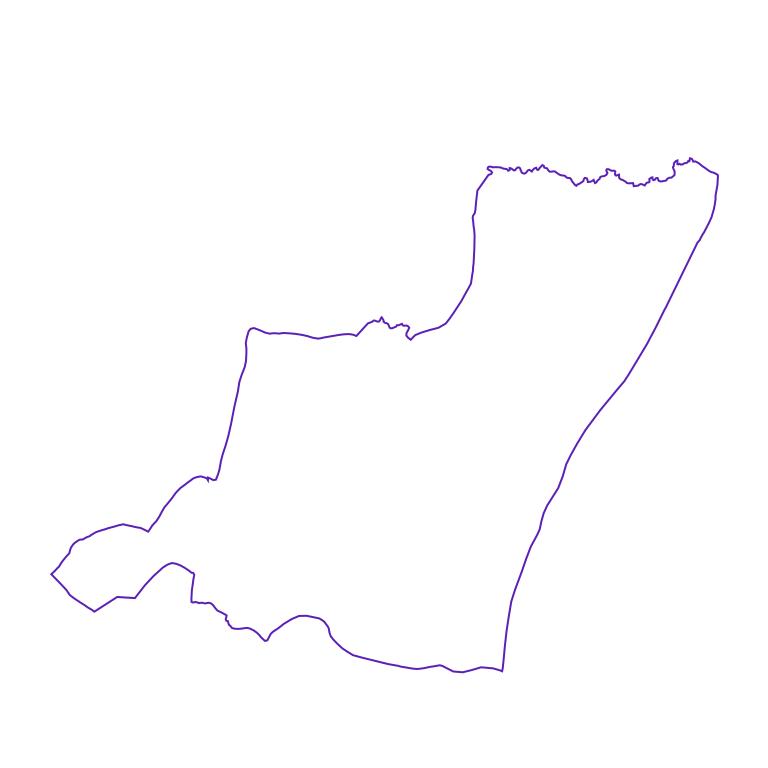 the district of Odongk, Kâmpóng Spœ, Cambodia, rotated 10°
{"feature_id": "14789045B64989528784016", "entity_name": "Odongk", "entity_type": "district", "adm_level": 2, "iso_a3": "KHM", "parent_name": "Cambodia", "parent_adm1": "Kâmpóng Spœ", "projection": "robinson", "projection_center": [104.6, 11.691], "detail": "fine", "context": "isolated", "style": "outline", "palette": "violet", "viewbox_px": 768, "rotation_deg": 10, "n_neighbors": 0, "source": "geoboundaries", "source_scale": "gbopen_adm2", "svg_char_len": 6159}
<svg xmlns="http://www.w3.org/2000/svg" viewBox="0 0 768 768"><g transform="rotate(10 384 384)"><path d="M450.6,159.9L442.4,177.3L443.0,187.6L443.8,197.0L443.7,199.9L442.5,202.8L442.4,204.7L443.6,208.4L444.8,212.9L446.1,216.7L447.5,222.4L448.1,226.3L449.5,235.2L451.3,249.8L451.4,252.9L451.8,256.0L452.0,258.3L451.9,260.3L452.2,269.9L450.4,275.5L448.4,281.1L445.6,289.4L440.0,302.3L437.2,308.3L434.3,313.8L427.8,319.2L419.9,322.8L412.2,326.7L406.3,330.4L404.1,333.5L402.6,335.8L399.5,334.1L397.6,332.4L397.3,330.1L398.5,326.5L399.1,324.2L397.8,323.0L395.9,322.5L394.3,323.0L392.8,323.2L391.9,322.6L391.3,321.7L390.0,322.4L388.3,323.6L386.6,323.8L385.9,325.4L382.3,327.7L380.9,328.0L379.7,327.5L379.1,326.4L377.6,324.3L376.3,323.7L374.3,323.6L372.7,322.7L372.6,321.5L370.2,318.7L369.6,319.6L368.9,322.2L368.1,323.4L366.8,323.7L364.2,323.2L363.0,323.2L361.5,324.7L360.5,325.4L359.0,326.3L357.6,327.1L348.5,341.5L344.9,340.8L340.9,340.9L335.9,342.0L330.8,343.6L316.6,348.7L314.1,349.8L311.1,350.8L305.7,350.8L300.3,350.1L295.5,349.9L292.9,349.9L288.6,350.0L284.3,350.3L276.1,351.2L272.3,352.5L266.6,353.1L262.6,354.3L257.8,354.0L255.6,353.4L250.2,352.2L246.3,351.5L243.1,352.8L241.5,355.7L240.8,362.5L240.8,367.8L242.3,372.8L243.2,378.0L244.1,385.4L243.9,391.5L242.2,400.1L241.2,407.2L241.4,416.8L240.6,432.5L240.3,450.3L239.7,462.2L238.7,472.2L237.4,480.9L236.8,488.4L236.8,490.9L236.8,497.0L236.2,502.0L235.1,507.4L232.6,508.3L229.5,507.3L227.0,506.7L227.3,509.3L225.8,507.6L223.3,507.2L219.6,506.8L216.1,508.1L213.4,509.5L212.0,510.7L209.8,513.1L207.9,515.0L204.0,519.3L201.8,521.5L198.8,525.8L197.4,528.2L195.1,533.1L191.1,540.3L188.9,544.1L188.3,546.0L187.4,548.4L185.7,553.7L184.3,557.0L183.3,559.2L182.3,560.5L181.4,561.9L180.2,563.9L179.6,565.5L178.5,568.0L177.3,570.4L174.6,569.5L170.8,568.4L168.8,568.0L164.6,568.1L160.3,567.8L154.9,567.7L153.0,567.5L151.7,567.4L147.0,569.3L143.1,571.3L138.0,573.6L133.8,575.9L131.8,576.8L126.8,579.5L125.6,580.3L121.4,583.9L120.8,584.8L117.4,586.8L114.5,589.3L111.1,590.3L107.4,593.7L105.7,596.0L104.1,599.6L103.8,601.6L103.5,605.3L101.2,608.8L98.4,613.8L97.2,616.3L95.7,620.2L94.2,622.2L92.6,624.8L89.4,629.1L101.3,637.7L107.2,642.2L111.2,646.4L116.3,649.0L122.2,651.6L126.9,653.5L131.4,655.6L135.5,657.1L138.3,658.5L158.2,640.1L175.9,638.1L183.5,623.7L190.2,613.4L198.0,603.3L201.7,599.8L204.4,598.1L206.5,597.1L210.9,597.2L214.9,598.0L219.6,599.6L224.4,601.7L227.2,603.3L228.9,603.2L230.3,604.9L230.2,609.4L230.4,613.8L230.6,620.4L231.6,628.7L232.3,632.1L233.7,632.4L236.3,631.4L238.2,631.6L240.0,631.9L242.5,631.0L246.2,631.2L247.2,630.6L249.2,629.9L251.3,630.0L253.8,631.2L257.1,634.3L259.2,636.0L264.8,637.6L266.4,638.2L268.0,638.7L269.2,639.3L269.0,643.3L269.8,644.5L271.5,644.7L272.1,646.2L273.0,648.0L274.2,648.6L276.9,650.8L280.0,650.9L284.0,650.3L291.6,647.9L294.3,648.1L298.4,649.3L302.0,651.0L304.8,652.9L307.3,655.1L311.5,657.7L313.6,656.7L315.9,649.7L317.8,647.1L321.9,643.3L327.0,637.6L334.1,631.4L340.6,627.2L348.0,625.7L360.9,626.1L363.8,627.2L366.5,628.5L368.4,630.4L370.4,632.2L371.9,634.0L373.5,638.3L374.3,639.9L375.4,641.7L378.5,644.5L383.0,647.8L389.1,651.7L394.8,654.2L399.1,655.8L400.3,656.4L410.0,657.3L436.5,659.1L446.6,659.1L449.7,659.4L462.0,659.3L466.7,658.8L472.5,657.0L478.2,654.7L482.3,653.3L487.8,651.3L490.4,651.5L502.1,655.1L511.7,654.2L520.0,650.5L528.9,646.1L540.9,645.1L548.2,645.9L550.2,646.4L550.3,643.5L549.6,633.6L548.6,621.8L547.6,606.4L547.3,593.7L547.1,576.3L548.8,563.7L552.2,545.2L554.3,531.9L556.9,518.4L561.0,506.2L562.6,499.9L562.8,492.3L563.7,483.5L565.9,475.1L573.6,456.4L576.0,444.2L577.4,431.4L580.2,421.8L584.4,409.6L590.3,394.5L601.7,371.8L614.7,348.9L620.1,339.7L623.1,332.7L627.3,321.8L636.0,299.1L641.9,280.8L647.6,261.3L648.1,260.2L668.2,190.2L669.8,187.8L670.7,184.6L672.1,180.6L672.8,179.2L675.9,169.3L677.6,162.8L678.5,154.3L678.6,149.3L678.4,144.2L677.8,141.1L677.8,129.8L677.1,124.4L676.8,121.1L676.0,119.9L672.3,118.7L669.0,118.4L666.3,117.3L663.6,115.9L659.5,114.1L655.6,111.9L652.0,110.7L649.9,111.3L649.3,110.2L648.1,108.8L646.1,108.6L646.1,111.5L644.9,111.6L644.4,113.1L643.5,113.7L641.2,114.6L640.1,115.8L638.2,116.4L636.9,115.8L635.7,116.7L634.7,116.5L634.5,115.2L634.2,112.9L632.9,113.6L631.5,115.5L631.2,116.6L631.4,117.6L631.5,118.9L630.9,120.3L631.7,121.9L632.7,123.2L633.4,124.6L633.8,127.8L633.1,128.7L631.3,130.8L629.0,131.4L627.2,132.9L626.9,134.0L626.0,135.0L624.6,135.3L622.6,136.2L620.6,136.5L619.2,136.2L617.6,133.6L616.0,134.2L615.3,135.8L614.1,136.4L613.1,136.1L612.5,133.9L611.4,134.3L609.7,136.0L610.4,138.8L609.5,139.6L607.9,140.1L607.2,141.2L606.3,143.2L603.6,142.5L602.1,142.5L600.9,143.2L600.1,144.4L595.6,145.8L594.4,142.9L592.4,143.4L590.0,143.9L588.4,143.9L587.2,143.0L583.8,141.7L582.5,141.5L581.2,141.2L579.8,140.2L579.1,137.0L576.4,138.5L575.1,137.6L575.0,135.9L574.8,134.4L573.4,133.9L571.8,134.4L570.7,134.5L569.1,133.8L567.4,133.5L566.1,133.8L565.8,135.0L566.6,136.4L567.4,137.4L566.7,139.4L565.3,140.6L564.2,141.2L563.1,141.5L561.7,142.1L561.0,142.9L560.7,144.5L558.9,146.6L558.1,148.6L556.9,149.5L555.0,146.6L553.2,148.4L551.2,149.3L549.7,149.7L549.3,148.6L548.7,147.2L548.0,146.2L545.9,146.2L545.3,147.5L545.0,149.5L544.1,150.7L542.8,151.7L542.1,152.5L541.0,153.4L539.9,153.8L539.0,155.4L537.7,154.9L536.1,153.6L533.5,151.2L533.0,150.1L531.4,148.9L528.8,149.2L527.4,148.6L526.3,147.7L524.9,147.5L522.8,147.7L520.8,147.5L517.5,146.1L515.7,145.1L514.1,145.1L512.1,145.8L510.3,146.1L509.0,145.3L507.9,144.2L507.2,143.3L505.2,143.2L504.2,143.0L503.5,141.4L501.9,140.9L501.2,142.2L499.8,144.1L499.1,145.8L498.4,146.5L497.5,146.3L496.3,144.6L494.8,145.5L493.5,147.1L492.7,149.1L491.2,148.3L489.9,147.9L488.7,148.5L487.0,151.5L485.5,152.5L484.1,152.3L482.9,151.9L482.1,150.5L481.4,149.7L480.7,148.0L479.3,147.3L478.0,147.6L476.9,148.9L475.9,150.8L474.8,151.0L473.7,150.5L472.0,149.7L470.3,149.5L470.6,151.4L469.3,152.4L468.4,151.6L467.4,151.0L465.2,151.1L463.8,151.1L462.3,150.7L461.1,150.5L457.3,150.9L455.6,151.2L453.5,151.7L451.7,151.4L449.5,151.8L448.7,152.7L448.7,154.3L450.0,154.9L450.9,155.1L452.0,155.6L452.9,156.0L453.7,157.1L453.0,158.7L450.6,159.9Z" fill="none" stroke="#5b21b6" stroke-width="2"/></g></svg>